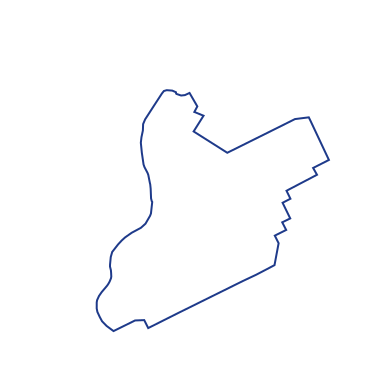 Clark, Indiana, United States of America, rotated 154°
{"feature_id": "52423323B43652235718756", "entity_name": "Clark", "entity_type": "district", "adm_level": 2, "iso_a3": "USA", "parent_name": "United States of America", "parent_adm1": "Indiana", "projection": "mercator", "projection_center": [-85.662, 38.437], "detail": "fine", "context": "isolated", "style": "outline", "palette": "blue", "viewbox_px": 384, "rotation_deg": 154, "n_neighbors": 0, "source": "geoboundaries", "source_scale": "gbopen_adm2", "svg_char_len": 1219}
<svg xmlns="http://www.w3.org/2000/svg" viewBox="0 0 384 384"><g transform="rotate(154 192 192)"><path d="M54.3,203.4L54.3,207.9L67.5,212.4L89.6,212.2L143.1,211.8L164.0,245.7L148.2,255.5L154.8,262.9L149.7,266.6L150.8,282.1L155.9,282.2L159.5,283.5L163.0,287.0L163.1,287.5L162.7,288.7L165.3,291.8L170.1,294.6L173.0,295.1L175.9,293.7L178.4,292.2L188.1,286.4L201.0,278.6L202.2,277.9L205.9,274.7L206.2,274.4L209.2,268.8L213.4,263.4L216.4,258.7L219.9,249.2L223.5,237.9L223.8,235.1L223.6,228.6L223.8,226.5L225.9,218.6L226.2,217.2L227.7,213.1L231.6,204.2L232.2,201.4L232.1,200.5L238.3,190.7L240.1,189.0L247.7,183.9L253.7,182.2L264.1,181.8L272.1,180.5L276.5,179.2L281.4,177.3L290.0,173.1L293.5,169.2L297.6,162.5L298.4,160.9L299.2,157.2L300.1,154.9L301.6,151.4L302.6,150.0L305.3,147.6L307.3,146.2L309.2,145.1L317.1,141.6L321.2,139.3L321.3,139.2L324.7,136.4L326.0,134.6L328.7,129.1L329.6,125.7L329.7,120.2L329.5,115.2L327.5,109.1L323.5,101.4L299.5,101.5L291.1,97.8L291.0,88.9L256.2,89.3L185.0,89.7L170.6,89.5L163.1,89.7L149.9,90.1L136.6,108.0L136.7,116.5L124.0,116.6L124.2,125.2L115.3,125.2L115.3,142.6L106.5,142.8L106.5,151.7L72.1,152.7L72.6,160.5L54.9,160.8L54.3,203.4Z" fill="none" stroke="#1e3a8a" stroke-width="2"/></g></svg>